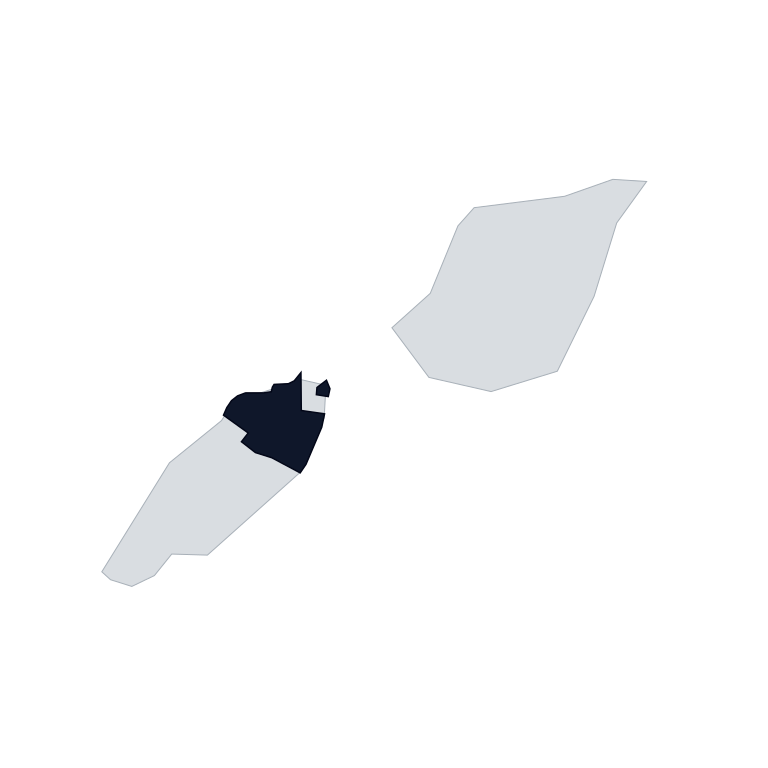 location of A'ana within Samoa, rotated 122°
{"feature_id": "WSM-4985", "entity_name": "A'ana", "entity_type": "state/province", "adm_level": 1, "iso_a3": "WSM", "parent_name": "Samoa", "parent_adm1": "", "projection": "mercator", "projection_center": [-171.958, -13.906], "detail": "fine", "context": "in_parent", "style": "filled", "palette": "ink", "viewbox_px": 768, "rotation_deg": 122, "n_neighbors": 0, "source": "natural_earth", "source_scale": "10m", "svg_char_len": 893}
<svg xmlns="http://www.w3.org/2000/svg" viewBox="0 0 768 768"><g transform="rotate(122 384 384)"><path d="M281.3,243.8L333.7,289.2L354.6,349.4L332.1,407.1L282.6,392.8L210.7,405.1L186.7,401.0L129.1,330.3L89.2,298.4L73.1,268.6L124.1,272.0L198.3,252.3L281.3,243.8ZM692.8,523.8L564.5,524.2L501.1,502.4L478.6,502.2L424.2,456.5L415.9,432.5L444.4,416.8L503.7,408.4L622.7,443.1L640.7,473.9L668.1,477.2L689.3,490.6L694.9,512.2L692.8,523.8Z" fill="#d9dde1" stroke="#a8b0b8" stroke-width="1"/><path d="M440.8,418.6L453.6,413.9L493.4,407.6L503.8,408.0L506.0,440.1L510.3,456.7L508.5,474.3L497.5,473.2L495.5,503.6L487.2,504.8L478.9,504.5L471.7,501.9L465.0,496.8L455.2,481.2L450.3,475.5L445.8,477.0L442.6,477.0L434.4,465.2L428.9,461.8L418.3,460.5L450.3,440.1L440.8,418.6ZM411.3,434.8L416.7,427.3L424.2,424.6L428.9,435.7L422.5,439.0L411.3,434.8Z" fill="#0f172a" stroke="#020617" stroke-width="1.5"/></g></svg>